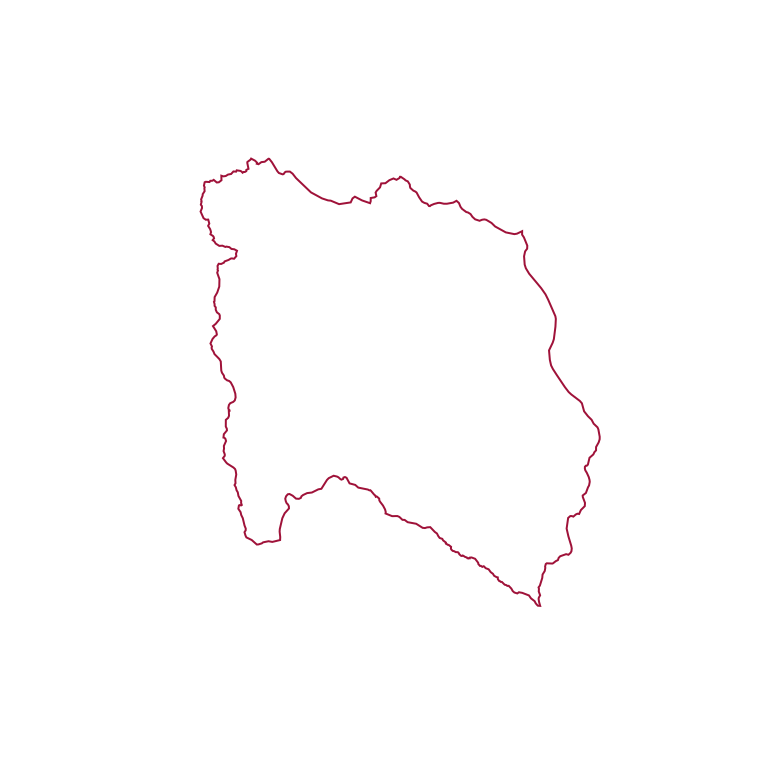 Suaza, Huila, Colombia (Equal Earth projection), rotated 319°
{"feature_id": "7082276B29582947964512", "entity_name": "Suaza", "entity_type": "district", "adm_level": 2, "iso_a3": "COL", "parent_name": "Colombia", "parent_adm1": "Huila", "projection": "equal_earth", "projection_center": [-75.841, 1.869], "detail": "fine", "context": "isolated", "style": "outline", "palette": "rose", "viewbox_px": 768, "rotation_deg": 319, "n_neighbors": 0, "source": "geoboundaries", "source_scale": "gbopen_adm2", "svg_char_len": 6166}
<svg xmlns="http://www.w3.org/2000/svg" viewBox="0 0 768 768"><g transform="rotate(319 384 384)"><path d="M588.5,359.3L583.0,357.8L580.7,356.4L575.4,349.5L571.2,338.0L570.8,333.0L568.9,327.2L567.7,325.6L565.8,324.4L563.2,323.5L560.8,319.5L560.4,315.8L560.8,312.5L559.9,309.6L558.9,308.2L557.8,303.1L558.0,300.4L559.3,296.6L558.9,293.3L555.2,292.5L549.7,289.2L547.5,287.3L545.0,283.9L543.6,282.8L540.0,281.0L536.7,279.9L535.4,279.9L534.7,279.2L534.9,276.3L533.3,273.8L532.4,271.3L533.0,266.1L534.2,260.9L533.9,259.3L533.0,257.3L532.5,253.4L533.0,252.2L534.3,250.4L534.9,246.7L533.8,244.3L533.8,243.2L532.6,238.6L532.0,238.1L530.9,238.7L527.4,238.1L526.0,235.1L521.8,233.7L516.8,233.4L513.5,230.8L510.0,233.0L505.2,233.4L503.3,234.0L501.5,237.2L499.4,237.0L496.0,234.9L493.9,237.3L492.1,238.4L487.9,231.1L484.9,223.5L482.0,223.3L478.0,225.1L468.1,218.8L464.1,210.7L462.2,208.7L459.0,203.3L454.6,191.5L452.7,170.9L453.0,165.3L452.3,161.9L449.3,159.4L448.1,159.2L445.9,159.7L445.0,159.2L443.1,155.8L443.1,153.5L444.9,143.1L445.1,138.8L444.6,138.2L439.8,138.0L437.0,136.1L433.5,135.8L432.5,134.3L433.4,133.8L433.2,130.9L431.6,126.7L430.4,127.1L426.6,126.8L425.9,127.4L422.9,132.7L420.6,132.1L419.7,133.0L418.1,132.7L417.0,131.8L415.9,131.8L415.8,129.9L415.3,128.8L413.0,126.1L411.7,126.7L409.8,124.8L406.4,125.2L403.7,123.6L401.0,123.2L399.0,121.9L397.9,120.1L395.0,123.6L391.7,123.4L390.0,122.2L389.4,118.2L387.8,118.0L386.2,116.7L384.8,117.1L381.8,114.1L381.9,114.3L381.0,114.1L378.2,116.2L377.7,117.9L376.9,118.4L375.1,120.8L371.7,121.8L370.6,122.9L367.1,124.7L366.6,125.8L365.9,126.3L365.9,126.8L363.4,128.5L363.3,130.2L362.1,131.8L358.7,133.5L356.6,140.5L357.3,143.1L359.2,144.6L357.4,148.3L355.0,149.3L354.4,153.0L353.6,154.9L353.1,155.9L351.2,157.1L352.0,159.9L352.0,161.0L351.3,162.6L349.1,163.0L349.5,165.2L349.1,167.6L350.3,171.7L352.8,173.6L354.2,176.5L355.2,176.9L357.1,179.3L357.5,182.0L359.4,184.1L360.5,187.0L357.7,188.6L356.5,190.6L353.0,191.1L351.6,189.4L350.6,188.8L348.1,188.4L344.1,186.9L342.9,187.4L339.9,186.6L338.1,184.8L335.8,185.7L334.4,187.7L333.3,188.6L333.2,189.4L331.1,190.6L328.6,196.9L323.6,202.4L318.1,205.6L313.2,207.3L310.4,210.3L309.6,210.4L308.6,212.5L307.4,213.9L307.3,215.8L305.7,217.6L304.9,220.3L305.5,223.2L305.0,224.6L302.8,227.1L296.5,228.2L292.9,228.1L292.0,234.1L290.4,236.9L289.5,237.3L287.4,237.0L284.2,237.5L279.6,239.6L278.8,242.8L277.6,243.6L277.0,244.7L276.6,247.6L275.7,250.2L276.1,257.1L275.6,259.9L270.0,267.1L269.1,269.2L268.7,272.6L267.6,274.4L267.5,275.6L268.0,278.3L269.1,280.1L269.4,282.2L268.2,287.4L265.4,293.8L263.2,296.8L260.6,298.5L258.5,298.6L255.3,297.6L253.2,298.1L250.7,300.0L250.1,301.3L250.2,302.5L249.8,302.9L249.3,302.4L246.2,306.3L244.2,307.3L241.1,307.3L236.7,312.3L236.0,314.7L235.0,316.0L230.2,316.8L227.7,319.1L228.2,319.8L228.4,321.1L227.4,323.4L222.5,325.7L220.9,327.8L218.9,329.4L217.7,332.6L216.7,333.7L213.8,334.3L213.4,339.7L213.5,341.3L215.6,348.3L215.8,350.5L215.2,352.1L213.1,355.4L208.9,358.8L206.8,361.5L204.9,362.2L204.4,364.8L203.0,367.5L202.6,369.8L200.7,373.0L199.5,378.6L198.1,380.0L197.3,382.0L196.5,381.9L195.5,380.6L194.8,380.5L192.2,382.6L191.7,386.6L190.3,389.2L189.4,392.6L185.9,399.3L184.8,402.4L183.6,403.7L181.5,404.3L180.0,407.6L179.5,409.5L181.8,414.9L182.7,421.7L184.0,422.7L187.2,424.1L188.9,424.2L193.7,426.9L196.1,429.9L203.2,433.6L205.3,431.4L208.4,426.9L210.2,425.1L219.2,418.6L224.2,416.4L230.6,415.6L232.0,413.8L232.5,411.8L232.3,410.2L232.9,408.2L234.2,405.8L236.4,404.5L239.0,404.1L240.5,405.0L241.8,408.4L242.4,412.8L244.4,414.8L246.5,415.4L248.0,414.6L250.1,414.7L254.4,415.9L258.4,418.6L265.3,420.4L268.0,422.0L278.0,419.0L280.5,418.8L285.8,420.2L287.8,423.0L288.4,424.5L288.7,427.3L289.2,428.3L290.8,428.8L292.0,428.0L293.5,428.6L294.2,430.2L292.8,436.4L296.1,441.3L296.6,445.3L302.6,453.1L303.2,454.7L304.0,455.2L304.1,456.0L304.0,461.0L304.2,462.3L303.8,463.7L304.6,463.9L304.8,464.4L305.2,467.3L304.1,468.8L303.8,470.3L303.5,475.1L302.5,479.4L301.3,481.8L300.2,482.7L303.4,489.0L307.5,492.5L308.4,494.4L308.8,498.6L310.4,500.1L311.2,503.8L316.6,510.6L318.8,517.9L320.4,519.6L322.5,520.5L325.0,522.4L325.3,529.0L325.9,531.6L325.2,534.3L325.0,536.7L326.4,539.1L326.0,540.8L326.7,544.3L326.0,544.9L326.0,545.4L326.5,546.3L326.5,547.0L327.2,547.8L327.8,550.9L326.4,552.2L326.2,553.5L326.4,555.1L327.2,556.1L327.9,558.0L329.4,559.4L329.5,561.2L329.1,561.9L329.5,564.4L330.1,565.0L330.8,565.0L331.2,565.7L331.7,567.6L332.7,569.3L332.6,570.2L333.4,571.2L333.9,571.1L334.4,571.8L335.0,571.4L336.3,572.4L338.1,575.7L337.8,580.7L337.1,581.7L337.1,584.3L337.8,584.8L338.2,586.5L339.5,586.8L339.8,587.2L339.9,589.7L341.4,592.5L341.1,596.0L341.7,598.7L341.3,601.0L342.2,603.5L343.0,604.6L341.9,606.0L341.7,608.2L342.2,608.9L342.2,609.8L343.1,610.7L343.4,614.6L344.4,616.1L344.6,617.3L345.7,618.1L345.9,621.9L345.3,624.7L345.6,626.9L347.2,629.5L349.2,629.7L351.3,632.3L354.7,638.7L354.3,642.2L355.2,646.7L354.6,649.1L354.6,651.4L354.7,652.3L356.3,653.9L358.1,650.1L359.7,647.6L360.7,646.8L363.2,645.9L364.7,642.1L366.6,640.2L367.2,638.9L369.4,638.4L376.2,634.2L378.7,631.8L382.6,630.6L385.1,628.6L385.9,627.4L388.0,626.0L389.2,626.1L393.3,630.0L393.9,630.2L397.5,630.4L399.7,631.0L401.8,629.8L404.0,629.6L409.8,631.9L411.2,633.9L414.1,633.8L415.7,633.2L417.8,631.3L419.2,628.9L423.2,620.0L427.0,612.9L435.1,605.9L438.0,605.9L439.1,606.9L439.9,608.3L443.2,608.3L444.9,608.8L446.0,610.1L449.9,608.3L455.4,607.9L457.7,605.6L459.9,599.7L460.8,598.5L464.9,598.7L470.2,595.8L472.2,595.1L475.1,592.8L476.2,591.2L477.5,588.5L478.8,584.1L479.3,581.2L480.1,579.6L481.3,578.3L482.7,578.1L483.4,578.7L485.0,578.6L490.7,574.5L495.8,574.5L498.0,573.5L500.5,573.2L502.7,570.7L507.7,568.9L510.5,567.2L512.2,565.3L516.0,558.9L516.7,556.8L516.2,551.5L517.2,547.2L516.8,542.1L517.1,535.9L520.7,528.4L520.7,525.3L518.5,514.8L518.1,511.2L518.5,504.9L520.3,490.5L521.3,483.5L522.3,479.6L525.0,474.6L530.6,466.9L538.4,463.5L541.6,461.6L550.9,453.3L556.4,447.6L557.8,445.3L563.2,428.1L564.7,422.3L565.5,414.8L565.9,396.0L567.0,389.7L568.5,386.2L573.5,379.5L577.5,376.5L580.8,375.8L582.9,373.6L585.8,365.1L586.2,361.9L588.5,359.3Z" fill="none" stroke="#9f1239" stroke-width="2"/></g></svg>